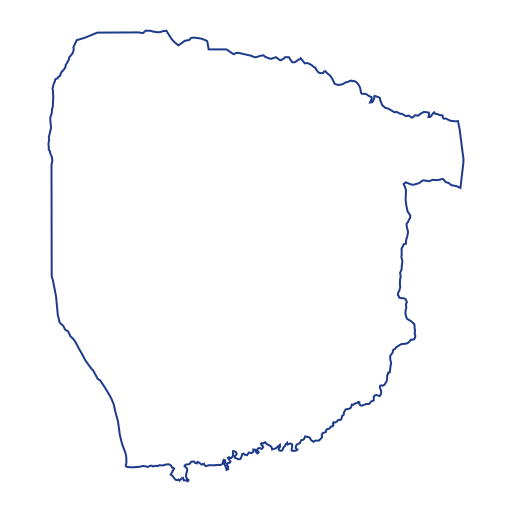 Kitui West, Eastern, Kenya
{"feature_id": "3690345B81121704285473", "entity_name": "Kitui West", "entity_type": "district", "adm_level": 2, "iso_a3": "KEN", "parent_name": "Kenya", "parent_adm1": "Eastern", "projection": "equal_earth", "projection_center": [37.929, -1.241], "detail": "fine", "context": "isolated", "style": "outline", "palette": "blue", "viewbox_px": 512, "rotation_deg": 0, "n_neighbors": 0, "source": "geoboundaries", "source_scale": "gbopen_adm2", "svg_char_len": 5953}
<svg xmlns="http://www.w3.org/2000/svg" viewBox="0 0 512 512"><path d="M458.0,121.1L455.2,121.3L450.5,120.8L445.6,118.5L444.4,118.7L443.3,118.4L442.7,117.1L442.5,115.4L439.9,115.1L437.5,114.1L435.1,113.7L434.2,112.3L433.1,113.2L430.9,116.4L429.5,117.1L428.4,116.9L429.2,114.7L428.9,112.6L425.6,112.1L423.6,112.0L419.9,114.1L418.9,115.3L417.5,115.7L415.7,115.2L414.4,115.6L413.2,117.2L411.9,117.6L408.5,115.5L407.0,116.0L405.5,116.0L403.8,114.8L401.5,113.7L400.2,113.8L396.5,111.8L394.8,112.4L388.3,108.7L384.9,107.6L382.1,104.9L380.2,100.1L379.9,98.1L378.5,97.1L374.6,95.9L373.9,99.3L372.3,102.2L370.1,102.5L371.7,98.6L371.6,97.1L368.9,96.0L365.9,93.9L361.9,93.8L361.0,92.7L360.2,88.0L359.4,86.2L357.5,83.3L356.3,82.2L353.9,80.8L352.4,81.3L351.3,80.6L350.1,80.8L347.3,82.1L345.9,82.3L342.6,84.2L339.5,84.9L337.7,84.9L334.7,83.8L332.5,79.2L330.5,76.0L326.7,72.8L325.4,71.2L324.0,71.5L323.2,73.1L320.0,73.1L318.9,72.6L318.0,71.9L316.1,69.5L315.4,67.6L314.3,67.4L311.4,64.9L307.8,63.1L304.7,63.3L300.7,58.2L299.7,59.4L298.4,59.7L295.8,61.7L294.1,62.3L292.5,62.3L291.1,60.8L288.9,57.2L285.1,57.2L283.9,58.5L280.8,60.3L279.7,60.0L275.9,57.2L271.2,58.8L269.8,58.6L265.3,56.9L263.5,55.3L260.4,55.8L255.8,57.3L253.0,56.7L251.4,55.8L238.6,52.9L235.9,53.0L234.8,53.8L233.5,54.2L226.5,49.4L208.7,49.4L207.2,41.2L205.7,40.3L201.2,38.6L194.0,37.6L191.2,37.9L189.0,40.1L185.0,40.7L178.4,45.4L174.3,42.0L171.7,39.2L166.4,30.8L162.8,31.2L160.2,32.1L157.5,32.2L153.6,31.7L150.7,30.8L145.5,30.7L143.3,32.9L141.1,33.0L139.1,32.4L97.3,32.6L85.2,37.6L76.7,40.2L73.4,47.3L73.7,49.4L73.2,51.8L72.4,53.5L69.2,57.5L68.8,59.8L65.6,65.3L65.5,67.1L63.2,70.5L62.0,71.3L60.6,73.7L60.2,75.8L58.3,76.8L57.4,78.5L56.2,78.7L55.3,79.4L54.6,82.1L53.9,83.2L52.5,88.7L52.9,90.3L53.3,97.6L52.9,103.0L52.9,105.8L52.0,109.6L51.7,113.4L50.3,117.5L50.3,120.5L51.1,127.8L48.8,137.3L49.1,139.8L48.6,142.9L48.5,145.1L48.9,147.1L48.6,148.6L49.1,150.2L49.9,151.3L50.3,153.5L51.7,156.6L52.2,159.0L52.3,161.0L51.6,164.2L51.5,167.7L51.7,276.5L52.9,280.3L56.0,296.1L57.8,314.9L59.7,322.7L63.3,325.9L65.1,329.5L66.1,330.4L67.4,330.8L68.3,331.7L70.4,336.2L73.5,339.2L75.5,342.1L79.5,349.7L82.8,355.3L84.8,359.5L90.6,367.7L93.3,370.7L97.8,379.0L100.2,380.5L104.2,386.4L109.7,395.5L111.7,399.4L113.8,404.6L115.1,410.8L118.0,421.4L119.8,434.8L121.4,441.4L122.5,445.1L125.7,453.7L126.3,457.3L126.4,462.5L125.7,466.0L127.0,466.9L131.5,467.3L134.7,467.2L140.1,466.7L143.1,465.9L147.9,466.9L150.4,465.7L151.9,465.8L152.9,466.4L156.0,465.8L157.8,466.1L159.2,465.2L162.3,465.5L166.6,464.4L169.0,464.3L171.0,465.5L172.0,467.6L173.1,467.8L174.1,468.5L170.7,474.7L172.4,475.8L175.4,479.7L177.4,480.2L178.5,479.5L179.5,480.6L181.5,478.5L182.9,477.8L183.8,480.4L185.9,480.4L187.8,481.3L188.5,480.1L187.2,479.0L186.0,476.8L186.1,474.5L187.2,470.4L187.1,468.7L184.5,466.0L185.6,464.6L188.2,464.4L189.6,463.9L191.4,461.6L194.1,461.6L195.2,462.9L196.8,463.4L197.5,461.9L198.7,462.4L201.7,464.6L203.9,463.7L204.8,465.6L206.5,466.0L208.9,465.2L214.2,465.3L218.5,464.8L219.8,465.1L221.1,464.8L222.6,463.6L223.6,459.9L225.1,460.3L225.2,462.1L224.3,464.2L225.3,465.7L226.6,469.9L228.2,469.1L228.1,466.9L227.4,465.4L226.9,463.6L228.2,462.9L229.5,462.9L230.5,461.6L227.9,457.8L228.9,457.2L229.9,458.0L231.2,458.0L232.4,456.8L233.0,455.2L232.9,452.7L233.1,451.1L234.5,451.3L235.9,452.1L236.7,453.7L235.8,455.3L234.6,456.3L234.9,457.8L238.3,459.2L240.1,459.2L241.1,457.7L242.3,454.0L243.7,453.7L244.6,454.6L247.0,455.2L248.8,452.6L251.8,453.0L253.3,451.8L253.3,449.5L255.4,449.8L255.9,451.7L257.3,453.4L258.7,452.3L257.3,450.6L257.7,448.6L258.8,448.1L260.3,448.2L261.6,449.0L262.7,448.0L263.1,446.5L261.8,445.5L261.0,443.7L262.0,443.1L263.0,443.5L265.2,442.2L266.4,443.8L270.2,445.9L271.5,447.0L272.1,449.5L275.8,448.3L279.9,444.8L280.1,446.6L278.6,449.0L279.8,450.7L281.2,450.8L282.5,450.0L283.5,447.5L285.0,445.8L286.0,443.9L287.2,442.7L287.8,444.5L289.6,443.7L290.9,443.7L292.1,444.3L292.2,446.3L291.8,448.2L291.7,450.5L292.8,450.9L296.0,450.6L297.4,449.6L295.8,448.1L295.8,446.3L296.8,444.6L299.8,443.1L301.4,440.1L302.8,439.9L304.1,439.0L305.1,436.4L309.4,437.3L311.1,440.1L313.6,441.8L315.0,440.7L319.1,440.5L322.1,437.2L321.7,434.9L322.6,433.2L325.9,432.0L326.2,430.0L327.6,428.9L328.7,428.9L329.8,428.2L330.7,426.6L332.6,426.3L333.4,425.2L332.9,423.6L333.6,422.2L334.9,422.6L336.5,421.8L338.3,420.0L340.9,419.7L341.7,418.3L342.0,416.0L343.6,414.9L344.0,412.2L345.7,409.4L349.7,408.6L350.9,407.6L351.9,404.6L353.1,404.9L354.7,403.7L357.3,402.8L358.3,401.9L359.4,402.2L359.3,404.0L360.4,405.3L361.7,405.7L366.2,404.0L369.0,404.0L371.0,401.6L373.8,400.3L373.7,396.8L374.7,395.4L376.5,395.0L379.7,396.1L380.4,395.2L381.1,393.5L381.2,391.2L379.9,387.6L379.9,386.1L381.2,385.3L382.7,385.7L384.1,385.0L385.1,383.8L386.8,380.9L387.2,377.3L387.1,375.6L388.0,374.1L388.2,372.6L389.8,372.3L390.6,365.5L391.2,363.3L390.3,359.8L390.2,355.8L392.8,352.3L392.9,350.3L395.2,348.7L396.4,347.1L400.1,344.8L401.5,344.1L406.2,343.6L407.6,343.1L409.0,342.0L410.9,339.7L413.8,339.5L414.7,338.4L415.3,336.7L415.2,335.2L414.7,333.8L415.0,330.0L414.5,327.9L414.6,325.9L414.2,324.1L411.2,321.3L407.5,319.1L406.6,318.0L405.8,315.3L405.4,313.4L405.6,310.4L406.2,308.3L406.3,306.9L405.9,305.2L406.2,303.6L406.9,302.1L405.7,299.3L404.7,298.5L399.4,297.8L398.9,296.3L397.8,294.9L398.2,292.7L399.5,290.1L400.3,286.3L399.9,285.0L400.1,279.3L400.7,276.3L400.1,273.1L401.7,268.9L401.7,266.4L402.3,262.1L402.2,260.0L401.6,258.2L401.4,256.6L401.7,254.8L401.6,248.5L403.2,245.7L403.7,244.2L405.9,243.7L406.1,240.2L407.3,236.2L408.1,232.1L406.7,226.4L406.6,223.7L408.1,221.9L408.7,220.3L409.9,218.3L410.4,215.7L407.5,211.3L406.3,205.3L405.6,199.9L406.0,190.3L405.1,187.2L403.7,184.1L405.6,182.3L411.8,184.7L414.2,184.6L419.1,183.1L423.0,180.3L429.4,181.2L432.2,179.9L438.0,180.1L442.2,179.0L443.3,179.2L445.7,182.1L448.8,183.0L451.2,185.1L456.7,186.2L460.4,188.0L463.3,163.5L463.5,159.3L459.7,129.8L458.0,121.1Z" fill="none" stroke="#1e3a8a" stroke-width="2"/></svg>